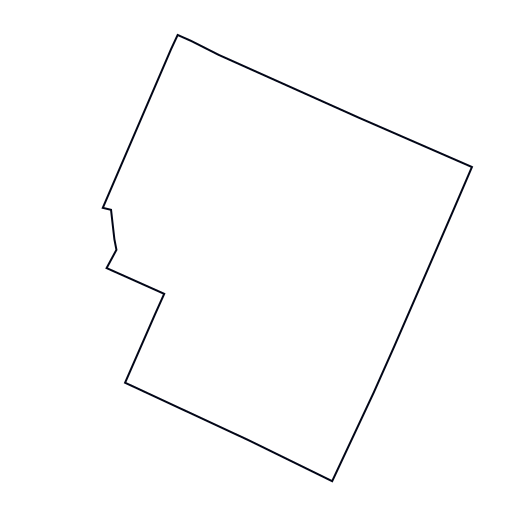 Bartholomew, Indiana, United States of America, rotated 115°
{"feature_id": "52423323B99748552425099", "entity_name": "Bartholomew", "entity_type": "district", "adm_level": 2, "iso_a3": "USA", "parent_name": "United States of America", "parent_adm1": "Indiana", "projection": "robinson", "projection_center": [-85.902, 39.193], "detail": "fine", "context": "isolated", "style": "outline", "palette": "ink", "viewbox_px": 512, "rotation_deg": 115, "n_neighbors": 0, "source": "geoboundaries", "source_scale": "gbopen_adm2", "svg_char_len": 417}
<svg xmlns="http://www.w3.org/2000/svg" viewBox="0 0 512 512"><g transform="rotate(115 256 256)"><path d="M84.1,97.9L87.2,221.3L89.5,374.7L88.5,405.5L88.8,420.4L104.4,420.4L277.1,415.2L275.4,406.9L288.5,398.9L300.7,391.4L309.4,385.1L330.1,386.3L329.1,323.2L351.0,322.9L426.2,321.1L426.1,184.5L427.9,91.8L330.0,91.6L279.7,92.5L198.6,94.6L133.7,96.4L84.1,97.9Z" fill="none" stroke="#020617" stroke-width="2"/></g></svg>